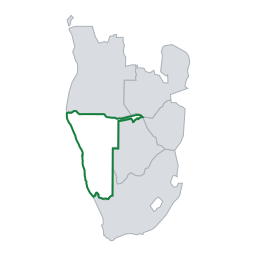 Namibia and the surrounding countries
{"feature_id": "NAM", "entity_name": "Namibia", "entity_type": "country or territory", "adm_level": 0, "iso_a3": "NAM", "parent_name": "Africa", "parent_adm1": "", "projection": "equal_earth", "projection_center": [18.141, -22.953], "detail": "medium", "context": "with_neighbors", "style": "outline", "palette": "green", "viewbox_px": 256, "rotation_deg": 0, "n_neighbors": 5, "source": "natural_earth", "source_scale": "50m", "svg_char_len": 4678}
<svg xmlns="http://www.w3.org/2000/svg" viewBox="0 0 256 256"><path d="M93.0,196.5L95.6,193.0L97.7,195.0L98.6,198.0L104.4,199.9L107.3,199.4L112.1,195.7L112.3,168.9L113.7,170.0L116.9,176.9L116.4,181.4L117.6,183.9L121.5,183.2L126.8,177.8L128.2,174.3L130.9,172.6L135.8,175.5L140.2,175.9L143.7,174.2L145.3,168.4L148.3,167.8L152.0,160.1L157.1,154.6L165.0,149.2L174.7,150.4L178.2,166.0L176.9,174.1L177.3,176.8L174.6,175.4L173.0,175.9L170.8,180.8L170.7,183.3L173.8,187.2L177.0,186.5L178.3,183.2L182.4,183.3L179.9,194.6L178.3,197.8L173.4,202.5L166.1,214.9L155.9,226.4L151.8,229.6L143.5,232.6L142.8,234.6L139.6,233.5L137.0,234.9L131.3,233.5L126.0,234.0L116.0,237.9L112.8,240.5L110.4,240.6L108.2,238.2L106.4,238.0L104.2,234.9L103.9,235.9L103.3,229.9L101.5,225.2L103.2,224.0L103.1,218.5L93.0,196.5ZM162.7,201.4L158.7,197.1L156.1,198.5L150.1,205.9L153.9,211.3L155.9,210.6L156.9,208.4L160.0,207.2L162.7,201.4Z" fill="#d9dde1" stroke="#a8b0b8" stroke-width="1"/><path d="M174.7,150.4L165.0,149.2L161.6,145.8L157.3,144.7L155.8,137.4L153.5,136.6L147.3,128.4L142.5,116.7L152.4,118.2L160.6,107.2L162.6,106.6L163.3,104.0L166.6,101.0L170.9,99.9L171.2,102.7L175.9,102.6L179.6,106.0L182.3,106.6L185.1,109.0L183.3,135.9L180.8,142.0L174.7,150.4Z" fill="#d9dde1" stroke="#a8b0b8" stroke-width="1"/><path d="M165.0,149.2L157.1,154.6L152.0,160.1L148.3,167.8L145.3,168.4L143.7,174.2L140.2,175.9L135.8,175.5L130.9,172.6L128.2,174.3L126.8,177.8L121.5,183.2L117.6,183.9L116.4,181.4L116.9,176.9L113.7,170.0L112.3,168.9L112.4,147.4L117.8,147.1L118.1,120.6L130.9,117.7L133.0,120.8L136.6,117.9L142.5,116.7L147.3,128.4L153.5,136.6L155.8,137.4L157.3,144.7L161.6,145.8L165.0,149.2Z" fill="#d9dde1" stroke="#a8b0b8" stroke-width="1"/><path d="M172.2,44.6L185.8,52.2L188.4,55.6L189.8,62.1L187.5,70.3L188.5,76.6L186.6,79.3L184.8,86.3L187.7,88.3L170.5,94.5L170.9,99.9L166.6,101.0L163.3,104.0L162.6,106.6L160.6,107.2L152.4,118.2L142.5,116.7L139.3,113.8L135.7,113.4L131.1,115.1L123.7,104.2L124.1,80.1L135.9,80.2L135.4,77.6L136.3,74.8L135.3,71.2L136.0,67.5L135.4,65.1L137.4,65.3L137.7,67.7L143.9,68.2L145.8,71.7L150.3,72.7L153.8,70.3L155.0,74.3L159.3,75.4L163.6,82.8L168.0,82.9L167.6,74.7L166.0,76.0L160.6,71.7L162.5,55.0L161.3,51.6L163.0,46.8L164.5,45.8L172.2,44.6Z" fill="#d9dde1" stroke="#a8b0b8" stroke-width="1"/><path d="M73.3,18.0L71.2,19.6L70.1,24.9L68.7,25.8L67.1,20.0L71.2,15.4L73.3,18.0ZM69.5,28.1L75.5,26.3L92.3,26.4L95.4,36.8L98.9,43.2L104.5,41.6L107.7,42.6L110.0,36.2L113.5,35.9L113.8,34.6L116.7,34.6L116.2,37.4L123.1,37.3L123.2,42.1L124.4,45.1L123.5,49.7L123.9,54.4L125.8,57.2L125.4,66.3L132.8,64.7L135.4,65.1L136.0,67.5L135.3,71.2L136.3,74.8L135.4,77.6L135.9,80.2L124.1,80.1L123.7,104.2L131.1,115.1L120.8,118.2L107.2,117.1L103.4,113.5L79.8,114.4L76.5,111.0L72.8,110.7L66.8,113.4L66.2,108.7L69.1,91.9L72.2,82.0L77.2,73.6L77.7,67.9L77.4,63.6L75.7,60.9L72.7,51.7L74.8,47.0L71.8,34.5L69.0,29.6L69.5,28.1Z" fill="#d9dde1" stroke="#a8b0b8" stroke-width="1"/><path d="M121.0,118.7L137.0,114.8L139.6,115.1L140.7,115.3L141.1,115.5L142.5,117.1L140.5,117.4L139.9,117.7L138.4,119.1L137.7,118.6L137.4,118.5L136.8,118.9L135.4,119.9L134.8,120.4L133.7,121.9L133.1,122.1L132.9,121.6L132.4,120.4L131.5,118.9L131.1,118.7L124.3,120.2L119.9,121.0L118.5,121.1L118.3,148.5L112.8,148.5L112.6,195.6L112.0,195.6L110.9,196.0L110.2,196.5L109.9,197.2L109.5,197.5L109.0,197.7L108.8,198.0L108.8,198.5L108.6,198.9L108.2,199.1L107.4,199.1L106.4,198.6L105.2,198.5L103.6,198.8L102.5,198.7L101.8,198.2L101.1,198.0L100.3,197.9L99.0,197.4L98.7,196.4L98.4,196.0L98.4,195.6L98.6,195.4L98.6,194.9L98.5,194.3L98.2,194.0L97.9,194.1L97.6,193.8L97.5,193.3L97.3,193.0L96.8,192.6L96.2,192.9L95.9,193.3L95.5,194.3L95.4,195.2L95.2,195.7L95.0,195.8L94.9,195.7L94.5,195.9L93.8,196.5L93.6,196.8L93.0,196.3L91.2,194.1L90.5,193.5L89.6,192.1L87.5,188.0L87.2,187.2L86.8,185.1L86.4,183.6L86.3,182.8L86.5,182.3L86.4,181.6L86.1,181.0L85.4,180.2L85.2,177.6L84.7,175.9L84.8,174.5L84.6,173.2L84.6,172.4L84.6,170.8L84.2,169.1L83.5,167.3L82.7,164.8L82.6,163.6L82.7,160.6L82.5,159.4L82.5,158.0L82.1,155.7L82.3,155.0L82.6,155.3L82.7,154.5L82.8,153.7L82.4,151.8L81.6,149.9L79.7,146.8L79.2,145.6L78.9,144.6L76.7,140.5L75.7,137.6L75.1,135.0L74.4,133.9L71.0,125.6L70.3,124.3L69.0,122.8L68.7,122.2L68.1,120.7L67.1,118.7L66.9,116.8L66.8,114.7L66.9,113.1L67.8,112.9L68.4,112.4L68.9,112.4L69.5,112.8L71.4,112.8L73.7,111.3L74.5,110.9L76.2,111.2L76.6,111.5L77.0,112.2L77.8,112.9L79.2,114.1L79.6,114.3L81.8,114.1L104.1,114.2L104.6,114.5L105.9,116.5L106.5,116.9L107.2,117.2L109.6,117.4L111.1,117.7L112.6,117.8L114.2,117.7L115.3,117.8L115.9,118.3L116.6,118.7L117.2,118.8L118.1,118.7L119.3,118.4L120.3,118.4L120.7,118.7L121.0,118.7Z" fill="none" stroke="#15803d" stroke-width="2"/></svg>